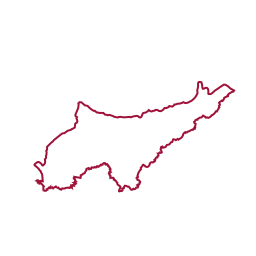 San Pedro De Uraba, Antioquia, Colombia (Mercator projection), rotated 229°
{"feature_id": "7082276B58704209579915", "entity_name": "San Pedro De Uraba", "entity_type": "district", "adm_level": 2, "iso_a3": "COL", "parent_name": "Colombia", "parent_adm1": "Antioquia", "projection": "mercator", "projection_center": [-76.341, 8.35], "detail": "fine", "context": "isolated", "style": "outline", "palette": "rose", "viewbox_px": 256, "rotation_deg": 229, "n_neighbors": 0, "source": "geoboundaries", "source_scale": "gbopen_adm2", "svg_char_len": 5691}
<svg xmlns="http://www.w3.org/2000/svg" viewBox="0 0 256 256"><g transform="rotate(229 128 128)"><path d="M148.2,24.4L146.8,25.0L146.0,24.0L145.7,24.1L144.9,25.5L144.1,24.7L143.6,25.5L143.8,26.1L139.1,26.2L139.0,25.3L136.4,23.3L135.1,24.1L135.2,24.3L134.4,25.2L134.5,26.1L134.9,26.4L134.6,26.6L134.8,26.7L134.9,28.0L134.4,28.6L134.6,28.9L134.2,29.3L134.5,29.6L134.2,29.7L134.3,30.3L134.1,30.1L133.5,31.0L133.3,30.9L133.3,31.4L132.9,32.0L131.8,31.9L132.0,32.4L131.6,32.9L131.2,35.1L130.6,34.9L130.2,35.2L129.0,35.6L128.8,36.3L126.8,36.3L126.2,36.6L126.2,36.9L125.3,37.2L125.6,38.8L124.8,39.3L123.8,40.7L123.8,41.4L122.3,43.7L121.5,44.1L121.0,44.7L120.9,45.4L121.1,45.6L120.7,45.8L121.5,46.8L120.3,46.8L120.8,47.1L120.7,47.6L121.4,48.0L120.9,48.3L121.0,48.7L120.5,49.0L121.2,49.1L121.1,49.6L120.6,49.9L120.4,50.4L120.7,50.6L120.3,51.0L120.5,51.2L120.2,52.2L121.0,52.2L121.1,51.8L121.5,51.7L121.5,52.5L122.1,52.0L121.7,53.4L122.3,53.2L122.4,53.5L122.8,53.3L123.7,54.2L125.1,53.9L125.1,54.5L125.8,54.6L125.6,55.2L126.3,55.5L121.5,59.4L122.1,60.4L122.5,60.5L123.4,61.4L122.7,63.3L123.0,64.3L122.5,65.1L122.4,66.0L123.1,67.2L123.3,68.8L124.3,69.5L124.2,70.5L123.6,72.1L123.2,72.1L122.9,71.5L122.3,71.5L121.9,72.9L121.4,73.3L122.0,74.1L122.1,74.8L120.8,75.7L120.6,77.0L120.0,77.1L119.7,77.8L119.2,77.9L119.0,78.6L119.5,79.0L119.5,79.5L119.1,79.6L119.0,80.0L118.0,80.4L118.2,81.9L118.0,82.5L117.6,82.8L118.1,83.5L117.1,84.6L117.4,84.8L117.4,86.0L117.1,86.5L117.3,86.8L116.8,87.5L115.8,87.2L115.7,87.6L115.0,88.0L114.7,87.7L114.5,88.2L114.3,88.0L113.3,88.6L112.5,88.4L112.3,88.1L111.7,88.4L111.0,88.2L110.8,88.3L110.4,88.0L109.1,88.1L108.9,87.3L108.4,87.4L108.4,87.1L107.8,87.0L107.4,86.5L107.1,86.5L107.0,85.9L106.6,85.9L106.9,85.6L106.5,85.0L106.9,84.8L106.6,84.3L106.4,84.6L106.3,84.1L105.3,84.1L105.3,83.5L104.9,83.3L103.5,83.2L103.3,83.0L103.1,83.2L102.0,82.0L101.7,82.7L100.9,83.0L100.3,84.1L99.8,84.3L99.3,84.2L98.4,83.4L98.0,83.8L97.3,83.7L97.0,84.1L96.6,83.9L95.3,84.2L94.4,83.8L93.6,84.0L92.9,83.3L91.5,83.1L90.4,83.6L89.5,83.5L89.1,83.8L88.5,83.7L87.7,83.1L87.9,82.9L87.5,81.7L86.9,80.6L86.2,79.7L85.9,79.8L85.3,81.3L84.7,81.6L84.5,82.5L84.7,83.2L85.3,83.4L85.8,84.2L85.3,85.4L85.6,85.8L85.9,85.7L86.5,87.7L85.5,88.7L83.7,89.4L83.3,90.1L79.3,89.9L78.7,90.6L78.6,92.2L78.0,92.2L77.4,93.2L77.3,93.9L77.7,94.8L76.7,96.3L77.1,97.1L77.6,96.9L78.2,97.5L78.9,97.5L78.8,98.5L78.1,98.7L78.0,99.4L78.4,100.2L79.0,100.6L78.9,101.4L79.3,101.9L81.5,101.9L82.6,101.1L83.2,101.3L84.0,102.2L84.7,101.8L84.9,102.6L84.6,103.5L86.0,104.1L86.2,104.7L87.3,106.3L88.2,109.2L88.3,110.7L89.5,111.4L89.9,114.0L90.4,114.8L90.3,115.4L89.5,115.5L88.8,116.0L87.7,115.8L86.4,116.5L85.8,117.3L85.6,118.3L85.9,119.8L86.6,121.0L86.9,121.1L87.0,122.8L86.4,123.7L85.7,124.1L85.7,124.9L85.3,125.6L85.4,126.8L86.5,126.9L86.2,128.0L86.9,128.5L87.2,129.6L87.0,130.6L86.6,130.7L86.5,131.0L87.4,131.9L87.1,132.8L88.1,133.6L89.0,133.8L88.7,134.1L88.7,136.0L87.9,136.2L87.4,137.4L88.3,138.0L90.5,138.6L91.3,139.7L90.9,140.1L91.3,140.8L91.8,140.9L91.5,141.8L90.1,141.7L89.0,143.7L89.7,146.2L88.5,148.3L89.0,151.2L88.4,152.2L89.8,154.7L88.6,155.8L87.4,156.1L87.2,158.3L86.1,158.4L85.7,161.4L85.8,163.1L86.5,164.9L87.1,165.5L87.4,166.9L87.3,168.4L86.5,168.4L86.3,169.5L86.1,169.6L86.0,171.1L85.5,171.6L85.0,174.3L84.6,175.4L84.2,175.6L84.5,176.0L84.3,176.7L84.0,176.8L83.6,178.0L84.0,178.2L84.2,178.7L84.7,178.2L85.5,180.2L86.8,181.8L88.3,181.5L89.2,181.8L89.2,183.1L89.7,184.2L89.2,185.4L88.7,185.8L89.2,186.5L88.8,187.9L88.8,188.8L87.7,190.5L88.1,192.8L86.1,193.5L84.9,193.4L84.6,193.6L84.3,194.6L83.0,195.2L82.6,196.4L82.4,198.5L82.8,199.4L82.3,200.3L82.3,202.9L82.9,205.3L82.1,206.0L82.9,207.7L83.1,209.1L83.6,209.5L83.7,210.6L85.1,211.2L85.1,212.3L85.6,212.9L87.0,213.1L87.4,213.4L87.3,215.8L86.6,216.8L87.0,217.1L86.4,218.1L86.8,218.7L87.1,219.9L87.6,220.2L87.4,221.9L86.4,224.3L86.7,224.7L87.3,224.7L87.2,225.4L87.7,226.3L87.0,230.2L86.3,231.3L86.7,232.7L90.6,231.2L94.2,230.8L96.9,229.8L97.9,228.7L99.2,218.0L99.1,213.9L99.5,212.5L100.7,211.2L101.2,211.1L103.5,213.2L105.2,214.0L106.5,213.9L107.1,213.4L107.8,211.9L107.8,211.1L108.6,210.2L109.8,210.7L112.2,212.4L114.5,213.4L116.2,211.8L116.2,211.1L115.6,210.0L113.3,208.1L111.1,205.1L108.5,203.1L107.1,199.1L106.8,196.4L106.9,193.7L108.0,189.4L109.3,187.5L111.2,186.7L111.4,185.4L112.7,182.6L113.6,181.7L114.6,179.2L115.3,178.5L115.0,177.8L115.0,175.6L117.5,173.5L117.2,172.5L117.4,171.6L118.1,169.6L118.8,169.2L119.1,168.5L118.7,166.4L119.1,163.9L120.6,162.5L121.9,162.2L123.3,161.1L123.6,160.7L123.6,159.5L124.6,158.0L124.8,157.0L125.5,156.2L126.3,155.8L127.9,155.5L127.7,153.9L128.0,151.6L129.3,149.4L129.1,148.3L127.7,145.6L127.8,144.2L128.7,143.5L130.1,143.4L131.4,142.6L133.2,139.7L134.3,137.0L135.1,136.8L138.7,131.9L141.4,129.6L142.4,128.1L142.6,127.2L145.4,125.0L147.1,124.4L150.1,122.6L150.9,121.1L152.7,120.0L153.2,119.4L155.5,119.3L158.3,116.1L159.3,115.6L160.2,114.6L162.8,114.2L163.6,113.3L165.9,112.6L168.7,112.1L171.2,112.0L173.5,110.3L177.9,109.7L179.3,108.3L179.2,106.7L178.4,106.4L175.8,103.6L172.4,96.8L171.2,96.2L169.7,96.7L168.9,95.3L167.7,95.0L166.1,94.0L165.6,92.8L165.9,92.1L165.8,90.9L163.3,88.2L163.7,85.7L164.1,84.9L164.1,83.7L165.5,80.6L165.9,76.5L166.9,75.0L167.1,74.2L167.5,64.0L167.1,62.5L167.3,60.9L166.9,54.6L164.8,52.8L164.4,51.3L163.0,50.6L161.3,48.8L160.7,47.7L159.3,46.7L159.0,46.0L158.9,44.7L156.9,43.4L155.9,42.1L155.5,40.5L155.5,39.2L155.8,38.9L156.3,38.8L157.7,39.1L159.7,38.8L161.1,38.2L161.7,37.1L161.9,34.0L161.6,33.3L161.0,33.1L157.3,33.7L155.4,33.8L154.1,33.5L152.7,33.8L151.8,33.3L150.0,33.0L148.6,32.3L143.7,28.7L145.3,27.6L145.9,26.2L147.6,25.8L148.1,25.1L148.2,24.4Z" fill="none" stroke="#9f1239" stroke-width="2"/></g></svg>